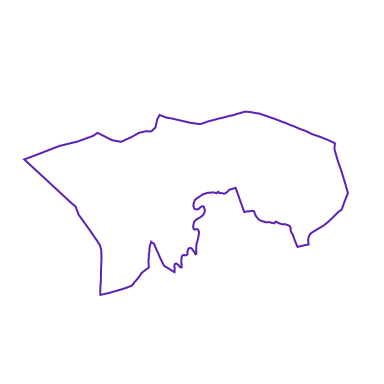 Al-Falluja, Al-Anbar, Iraq, rotated 73°
{"feature_id": "34846034B2556059967776", "entity_name": "Al-Falluja", "entity_type": "district", "adm_level": 2, "iso_a3": "IRQ", "parent_name": "Iraq", "parent_adm1": "Al-Anbar", "projection": "natural_earth1", "projection_center": [43.931, 33.191], "detail": "fine", "context": "isolated", "style": "outline", "palette": "violet", "viewbox_px": 384, "rotation_deg": 73, "n_neighbors": 0, "source": "geoboundaries", "source_scale": "gbopen_adm2", "svg_char_len": 3473}
<svg xmlns="http://www.w3.org/2000/svg" viewBox="0 0 384 384"><g transform="rotate(73 192 192)"><path d="M179.9,307.2L182.7,306.4L185.6,305.3L188.9,304.2L193.3,302.7L199.3,300.7L204.1,299.2L211.6,296.8L216.0,295.7L218.4,295.7L220.6,295.7L224.7,296.8L229.5,298.1L239.4,301.6L242.8,302.7L248.7,304.6L258.7,308.3L262.4,309.4L263.6,309.7L263.9,305.9L264.3,300.7L264.4,294.4L264.5,289.4L264.4,282.8L264.0,277.3L263.1,275.5L261.3,273.3L260.6,271.8L257.2,266.8L257.1,266.7L254.7,263.9L253.4,260.4L251.6,255.4L249.9,255.0L248.2,254.5L245.7,254.0L242.4,252.6L238.2,251.2L236.7,250.2L235.0,249.6L233.5,249.2L232.1,248.4L231.3,248.0L227.7,245.6L228.5,245.1L230.4,243.4L231.5,243.2L233.3,243.2L235.4,243.0L237.6,242.7L240.9,242.2L242.6,242.1L247.1,241.5L251.1,240.9L253.2,240.5L254.6,240.2L257.4,237.5L260.3,235.1L263.5,232.2L261.5,231.4L259.9,230.8L257.8,230.6L256.4,229.9L255.7,229.0L255.8,227.9L258.3,226.0L259.1,225.8L260.0,225.5L260.5,225.3L261.0,223.9L259.7,223.5L258.3,223.2L257.6,223.1L255.2,222.5L252.1,221.3L250.8,220.6L249.9,219.8L249.9,219.3L249.8,218.3L250.6,217.1L250.8,215.6L250.3,214.6L248.2,214.0L246.3,212.9L245.1,211.9L244.9,210.1L245.8,208.8L247.7,208.2L250.0,207.5L251.9,206.9L252.6,206.7L252.4,206.0L250.6,205.4L249.0,205.1L246.4,204.2L243.2,203.0L242.5,202.5L238.7,200.1L237.3,199.3L234.1,197.7L232.2,196.9L229.6,197.3L228.8,198.6L228.8,200.2L228.0,201.2L225.5,201.1L222.7,199.6L221.2,198.7L221.0,198.4L220.5,197.6L220.0,196.7L219.4,195.2L218.7,191.8L217.4,188.4L215.6,186.3L214.4,185.6L213.3,185.0L209.5,185.0L208.6,186.1L208.6,186.3L208.9,188.2L210.3,190.8L210.0,192.7L208.8,194.6L206.1,194.8L203.5,193.9L200.5,191.6L200.1,190.7L199.2,188.3L198.5,185.8L197.5,182.5L197.3,177.6L197.3,177.4L198.7,171.5L200.3,168.9L199.7,167.9L199.6,166.6L200.6,166.5L201.4,165.4L201.7,163.9L202.9,162.0L203.0,160.5L202.3,158.5L200.8,155.9L200.8,149.1L208.0,148.7L211.5,148.6L220.3,148.2L223.2,148.1L226.5,147.9L226.6,145.6L226.7,144.4L227.3,142.8L227.3,142.1L227.4,141.3L227.5,140.3L228.2,138.7L229.3,138.3L232.5,138.1L234.4,137.7L235.5,137.2L236.6,136.8L237.7,136.2L239.2,135.1L240.1,133.7L241.3,132.1L242.5,130.2L243.1,128.3L243.5,126.6L244.4,125.4L244.9,124.6L245.6,123.1L246.0,122.4L244.8,120.8L245.2,119.8L246.8,118.7L247.2,118.2L247.8,117.3L249.5,114.8L249.7,113.1L250.7,111.5L251.6,110.0L253.1,108.6L255.4,108.1L256.3,108.7L257.2,108.8L258.3,108.9L259.7,108.8L260.8,108.6L262.0,108.2L265.0,108.0L268.8,107.8L269.9,107.7L274.3,107.3L275.3,107.2L276.2,95.8L273.3,95.3L271.8,94.9L270.1,94.1L268.8,93.4L267.0,91.6L266.4,90.4L265.9,89.4L265.2,86.7L264.2,82.7L263.5,79.8L263.0,77.6L262.6,76.1L260.7,71.2L260.3,70.3L257.3,64.3L254.9,59.8L253.7,57.6L252.7,54.1L245.2,48.5L238.6,43.2L229.8,43.0L215.1,43.0L207.3,43.4L200.2,43.4L192.4,43.2L191.7,42.9L187.2,41.1L183.0,45.6L176.6,53.5L171.9,60.1L166.7,65.6L163.1,70.6L159.3,74.9L156.4,78.8L153.6,82.0L150.4,86.3L146.3,91.5L143.3,95.6L140.9,98.8L136.6,104.8L134.7,109.0L132.9,112.2L130.9,117.1L130.7,117.4L130.6,122.0L130.5,126.5L130.6,130.5L130.2,133.6L130.1,137.6L129.9,141.7L129.6,144.7L129.5,149.6L129.2,155.7L129.5,163.4L129.2,165.2L128.7,166.1L125.2,173.6L116.1,189.3L113.4,194.7L108.9,200.5L112.4,204.0L119.6,208.1L122.0,212.9L122.1,213.7L120.4,218.3L119.9,225.6L121.7,233.5L123.3,245.2L119.0,253.4L112.0,260.6L108.1,264.8L107.8,265.1L109.4,270.1L110.3,286.5L109.2,305.2L111.5,337.3L111.8,342.9L167.4,310.5L170.1,308.8L172.1,307.5L175.2,307.4L178.7,307.0L179.9,307.2Z" fill="none" stroke="#5b21b6" stroke-width="2"/></g></svg>